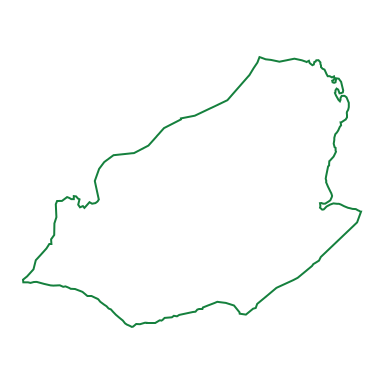 the district of Upper Niumi, North Bank, Gambia
{"feature_id": "56634734B28238259284132", "entity_name": "Upper Niumi", "entity_type": "district", "adm_level": 2, "iso_a3": "GMB", "parent_name": "Gambia", "parent_adm1": "North Bank", "projection": "natural_earth1", "projection_center": [-16.326, 13.431], "detail": "fine", "context": "isolated", "style": "outline", "palette": "green", "viewbox_px": 384, "rotation_deg": 0, "n_neighbors": 0, "source": "geoboundaries", "source_scale": "gbopen_adm2", "svg_char_len": 3527}
<svg xmlns="http://www.w3.org/2000/svg" viewBox="0 0 384 384"><path d="M259.5,57.1L257.4,62.6L256.3,64.2L253.6,68.2L253.0,69.2L251.9,71.0L249.3,75.3L249.2,75.3L241.4,84.2L232.9,93.9L228.9,98.5L227.4,100.2L211.3,107.9L211.0,108.0L194.8,115.7L180.9,118.4L181.0,119.4L164.0,128.1L159.8,132.8L159.4,133.3L157.2,135.7L156.3,136.8L150.3,143.5L148.4,145.6L134.0,153.1L131.4,153.3L128.8,153.6L113.5,155.2L113.1,155.5L105.9,160.8L104.2,162.1L99.1,168.9L94.8,181.0L97.6,194.0L98.8,199.5L98.7,199.6L97.7,201.3L96.9,202.0L95.4,203.1L92.1,203.7L89.5,202.2L84.8,207.5L84.4,207.9L82.9,206.1L80.0,207.3L78.2,204.7L79.5,199.3L77.9,198.5L76.1,196.4L73.8,196.1L73.8,199.1L71.2,199.1L69.2,197.9L67.1,197.1L62.0,200.9L57.3,201.0L57.1,201.0L55.8,204.2L56.4,217.2L54.4,223.4L54.4,224.1L54.2,235.0L51.1,239.3L51.4,244.0L49.3,244.0L46.5,248.4L40.5,255.1L35.8,260.2L34.3,266.1L33.5,269.3L27.1,276.4L23.0,279.7L23.3,282.3L27.9,282.3L30.5,282.9L33.9,282.0L36.7,281.9L44.1,283.9L50.6,285.4L53.4,285.6L59.8,285.3L63.2,286.8L65.5,286.4L67.5,287.2L69.1,287.9L70.7,288.8L75.0,289.0L79.7,290.8L79.8,290.8L82.5,291.9L87.4,296.0L91.5,296.0L98.2,299.2L99.4,300.7L100.3,301.8L104.2,304.7L106.5,306.2L108.6,308.5L110.9,309.4L113.2,312.0L114.0,312.8L115.8,314.7L119.2,317.6L122.8,320.5L124.7,322.9L125.1,323.4L126.9,324.6L129.7,325.8L131.8,326.9L133.1,326.6L136.2,324.0L140.0,324.2L145.1,322.7L146.7,322.8L146.7,323.0L155.2,323.0L159.7,320.3L160.0,320.3L161.5,320.6L162.6,319.9L164.6,317.9L171.9,317.3L173.9,315.8L174.4,315.9L176.3,316.2L177.0,316.3L179.3,314.9L192.9,312.0L195.5,311.7L197.3,309.6L199.1,309.0L200.3,309.0L202.4,309.0L202.9,307.5L207.9,305.5L214.5,303.0L217.3,301.8L219.3,302.1L225.8,302.9L234.0,305.5L239.5,312.3L239.7,313.7L245.9,314.6L253.1,308.7L255.7,308.0L257.2,303.9L266.5,296.2L276.4,287.9L277.4,287.4L293.3,280.1L297.7,277.8L312.1,265.9L313.3,264.1L315.2,263.0L319.0,260.6L320.8,257.0L357.1,222.4L360.9,212.0L361.0,211.7L360.4,211.7L359.5,211.0L357.9,210.3L355.8,209.1L352.5,208.9L349.9,208.2L348.0,207.8L344.1,206.2L340.8,204.5L338.9,203.8L337.1,203.8L333.4,203.4L330.1,204.6L326.6,206.5L323.9,209.3L322.9,209.6L322.1,209.6L320.3,207.9L320.0,207.7L320.4,206.1L320.1,203.7L320.0,203.2L321.4,203.0L323.1,203.7L323.5,203.7L325.1,203.7L328.6,201.5L330.3,200.3L331.7,197.3L332.1,195.9L331.3,193.3L330.4,191.6L328.6,187.9L328.0,186.7L326.1,182.2L326.3,181.0L325.7,178.7L326.1,176.3L328.1,166.4L329.1,165.5L329.1,164.3L329.3,161.2L329.9,160.7L333.6,156.6L334.4,155.0L336.0,151.7L335.6,150.7L335.6,147.9L334.6,147.2L333.7,143.7L334.3,139.9L334.3,137.8L335.3,134.2L336.8,132.6L338.2,130.5L339.8,126.9L341.1,125.3L340.6,122.4L341.2,122.4L345.3,119.7L345.6,119.6L347.0,117.4L347.0,114.9L346.8,113.2L346.8,112.9L347.0,111.8L348.2,109.7L348.8,107.1L348.8,102.8L346.5,97.3L344.6,95.9L344.0,95.9L341.7,95.9L340.5,98.0L340.5,99.9L339.9,101.3L338.5,99.9L337.7,98.5L336.0,95.5L334.9,92.9L335.4,92.4L335.5,90.3L336.6,88.6L338.2,89.6L339.5,93.3L341.1,93.1L342.8,92.4L343.2,90.5L341.1,81.8L339.7,80.0L338.8,78.7L336.1,78.3L336.1,79.0L335.5,82.3L334.1,82.8L332.6,82.3L332.2,80.7L333.4,80.2L334.5,78.5L334.0,76.4L332.0,77.4L329.7,76.2L327.7,76.2L326.2,73.4L326.0,72.8L324.5,69.6L322.5,68.7L321.7,67.8L321.4,67.5L321.0,67.1L321.0,65.4L320.4,64.0L320.4,62.4L318.5,60.2L316.3,60.3L315.5,61.7L314.4,61.9L313.8,64.5L312.4,65.2L309.7,63.1L308.9,60.8L306.6,62.0L306.5,61.9L301.9,60.3L295.4,58.9L294.4,58.7L287.4,60.1L287.0,60.2L280.4,61.5L279.4,61.7L277.6,61.3L270.9,59.9L270.0,59.8L265.7,59.3L260.8,57.5L259.5,57.1Z" fill="none" stroke="#15803d" stroke-width="2"/></svg>